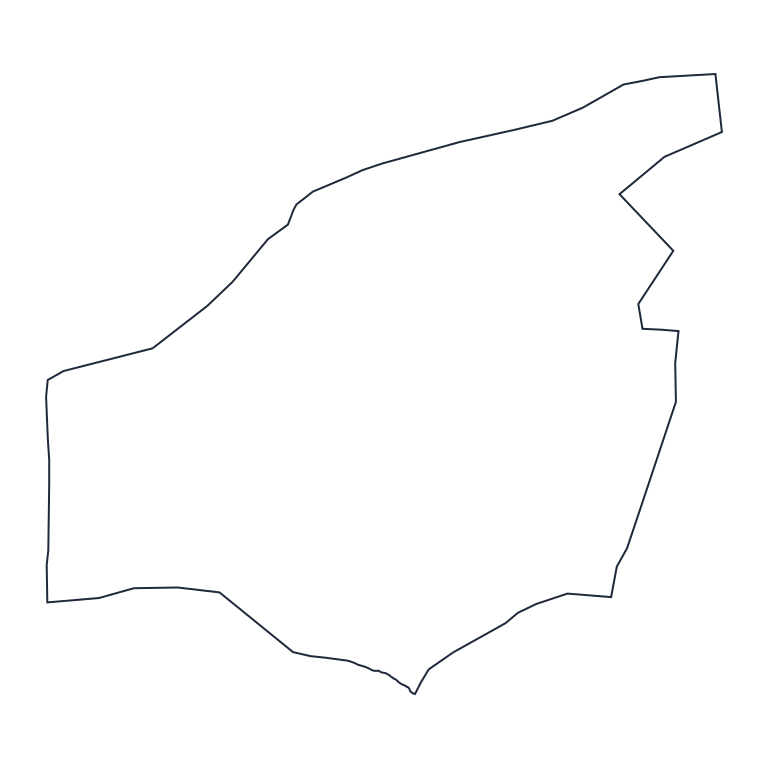 outline of Gudu, Sokoto, Nigeria
{"feature_id": "59680162B43671986122418", "entity_name": "Gudu", "entity_type": "district", "adm_level": 2, "iso_a3": "NGA", "parent_name": "Nigeria", "parent_adm1": "Sokoto", "projection": "albers", "projection_center": [4.48, 13.464], "detail": "fine", "context": "isolated", "style": "outline", "palette": "slate", "viewbox_px": 768, "rotation_deg": 0, "n_neighbors": 0, "source": "geoboundaries", "source_scale": "gbopen_adm2", "svg_char_len": 1433}
<svg xmlns="http://www.w3.org/2000/svg" viewBox="0 0 768 768"><path d="M643.4,499.5L675.9,401.9L675.2,363.1L678.5,331.1L661.4,329.7L642.5,328.8L638.3,304.0L673.3,250.8L619.5,194.2L664.5,156.8L721.9,132.0L715.4,74.0L659.3,77.2L643.4,80.7L623.5,84.5L582.7,107.7L559.7,117.6L552.6,120.7L513.7,130.0L459.3,142.1L420.5,152.9L382.9,163.3L362.8,170.0L346.4,177.5L312.9,191.6L296.5,204.4L293.5,209.9L287.9,224.6L267.9,239.2L252.6,257.7L232.6,281.8L207.3,305.9L152.6,348.3L63.6,371.0L47.7,380.0L46.1,397.1L47.8,438.6L49.2,459.8L49.2,483.6L48.3,550.4L46.7,564.9L47.3,602.4L99.0,598.0L134.0,588.2L177.7,587.5L219.5,592.4L293.0,652.1L310.3,656.1L325.4,657.7L347.9,660.7L349.2,661.2L350.5,661.5L353.0,662.4L355.8,663.5L357.5,664.6L364.8,666.7L366.5,667.4L368.4,668.2L370.1,669.1L371.6,669.9L373.0,670.5L374.0,670.7L374.7,670.8L375.3,670.9L375.9,670.9L377.4,670.8L378.3,670.7L379.6,671.2L380.8,672.2L383.2,672.7L385.3,673.0L387.3,674.1L388.6,674.7L390.3,676.1L392.0,677.3L393.8,678.6L395.6,679.4L396.6,680.2L397.7,681.2L398.3,682.0L399.6,682.8L400.5,683.5L401.9,684.2L402.8,684.7L403.7,684.9L404.6,685.6L405.9,686.0L406.4,686.5L407.1,687.0L407.9,687.2L408.6,687.8L409.3,688.7L409.7,689.8L410.1,690.9L410.6,691.6L411.6,692.3L413.2,693.6L414.1,693.6L415.0,694.0L420.9,682.4L428.7,669.4L453.3,652.3L505.6,623.1L517.9,612.8L536.2,604.0L567.4,593.6L611.1,597.1L616.8,566.6L627.1,548.1L643.4,499.5Z" fill="none" stroke="#1e293b" stroke-width="2"/></svg>